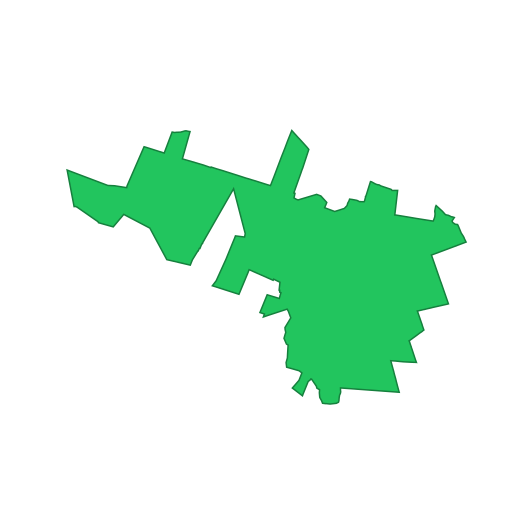 Mocochá, Yucatán, Mexico (orthographic projection), rotated 282°
{"feature_id": "50627088B81150073591621", "entity_name": "Mocochá", "entity_type": "district", "adm_level": 2, "iso_a3": "MEX", "parent_name": "Mexico", "parent_adm1": "Yucatán", "projection": "orthographic", "projection_center": [-89.453, 21.144], "detail": "fine", "context": "isolated", "style": "filled", "palette": "green", "viewbox_px": 512, "rotation_deg": 282, "n_neighbors": 0, "source": "geoboundaries", "source_scale": "gbopen_adm2", "svg_char_len": 4172}
<svg xmlns="http://www.w3.org/2000/svg" viewBox="0 0 512 512"><g transform="rotate(282 256 256)"><path d="M334.9,442.0L335.1,440.1L335.0,439.0L335.8,435.8L335.8,432.8L338.6,428.9L338.9,428.4L342.8,421.7L342.4,421.6L341.7,421.4L337.1,421.5L334.4,422.4L331.6,422.7L328.8,422.4L328.7,422.4L327.0,422.0L326.8,419.1L326.8,418.7L326.1,405.5L325.7,395.9L325.3,387.3L325.1,383.6L325.0,383.4L325.0,383.2L327.6,383.0L349.6,380.9L348.4,375.5L349.1,374.6L349.3,374.1L350.5,363.7L351.2,361.4L351.0,360.4L351.1,359.3L351.2,358.2L352.6,353.5L352.6,352.5L337.8,351.1L336.9,350.7L336.1,350.9L334.6,350.8L333.3,350.8L331.6,350.5L331.4,349.8L331.3,349.1L330.7,345.8L331.0,344.8L331.3,343.8L331.4,342.6L331.4,342.3L331.3,338.2L331.1,335.7L329.8,335.6L328.7,335.3L328.2,335.2L327.9,335.1L327.4,334.9L327.0,334.8L326.5,334.7L324.3,334.6L322.5,333.5L320.9,332.5L317.9,327.3L315.9,323.7L317.5,313.1L321.8,313.9L323.1,314.1L328.2,307.0L328.9,302.5L323.2,292.1L319.6,285.5L319.8,283.9L320.7,281.1L325.4,281.1L325.5,279.9L336.2,281.3L345.9,282.6L349.2,283.0L350.6,283.2L351.6,283.4L371.2,285.5L373.0,283.3L375.9,279.3L379.9,273.7L380.4,272.9L386.2,264.9L376.9,263.3L374.5,262.9L367.2,261.8L358.4,260.3L351.2,259.2L346.7,258.5L342.6,257.9L337.4,257.1L335.0,256.7L332.7,256.3L330.2,255.9L327.9,255.5L328.1,252.4L329.1,242.1L329.3,240.2L329.6,236.3L329.9,233.3L330.1,230.2L330.7,224.5L331.0,221.7L331.5,216.5L332.0,211.6L332.2,209.4L332.5,206.6L332.7,204.2L332.9,201.6L333.1,199.1L333.5,195.4L333.6,194.3L333.7,193.6L333.1,193.4L333.3,191.6L334.1,185.3L334.3,182.5L334.5,180.0L334.6,178.8L335.7,163.8L364.0,165.6L363.9,164.1L363.9,161.5L363.5,160.3L361.5,156.5L361.0,154.7L360.5,152.5L359.9,150.8L359.8,148.2L337.6,144.8L338.7,133.7L339.5,125.4L339.6,123.8L297.8,115.3L296.0,115.3L296.0,114.5L295.9,114.4L295.9,114.0L295.3,103.0L294.2,96.4L300.8,53.4L266.5,67.8L266.9,69.2L266.6,70.8L256.7,94.3L255.8,95.0L254.8,110.3L269.2,118.0L269.1,118.3L261.2,146.4L248.3,157.3L248.2,157.4L233.9,169.5L233.4,193.6L239.1,194.6L248.9,198.1L248.9,198.4L251.7,199.0L251.7,199.6L255.1,200.2L257.0,200.7L257.0,201.0L257.5,201.2L257.9,201.1L317.1,220.1L275.7,240.8L272.2,240.9L271.4,231.7L268.7,231.3L265.6,230.7L246.6,227.3L244.8,226.9L223.5,222.2L217.8,219.5L215.0,247.3L237.9,251.6L241.2,252.1L235.8,277.8L237.0,278.1L235.3,284.9L227.4,285.7L227.4,286.3L226.8,286.3L225.5,286.8L225.3,288.0L219.3,287.6L220.4,275.0L204.9,272.2L201.5,271.6L201.0,276.3L197.9,275.9L200.3,279.9L210.5,297.5L208.7,299.1L202.7,302.9L197.5,301.1L192.9,299.5L192.1,299.2L190.0,299.8L187.5,301.0L184.5,300.7L181.3,300.5L176.2,304.1L175.5,306.0L174.4,306.1L167.7,307.1L162.7,307.9L159.9,307.7L158.0,307.6L153.6,309.1L153.1,316.6L152.7,322.1L151.2,325.2L143.3,323.9L134.4,319.0L128.9,330.5L131.1,330.8L136.1,331.7L144.0,333.1L145.3,334.1L146.7,335.3L147.2,335.3L147.1,336.0L141.2,342.1L139.4,343.0L138.4,346.0L135.4,346.4L131.1,347.7L130.5,348.1L128.7,349.7L127.4,350.7L125.8,351.7L126.0,354.5L126.2,355.3L126.6,359.2L126.9,360.1L127.7,362.5L128.6,365.2L130.1,367.1L131.7,367.2L134.8,366.8L137.4,366.7L139.0,367.1L140.7,367.1L142.5,366.5L144.5,366.1L152.5,424.4L154.4,423.4L158.3,421.4L160.5,420.3L162.7,419.2L165.0,418.1L167.1,417.0L168.8,416.1L170.4,415.3L172.1,414.5L173.2,413.9L181.6,409.6L182.3,414.5L182.7,418.5L183.2,422.5L184.5,430.6L185.2,434.6L185.3,434.7L185.3,435.0L187.9,433.4L197.2,428.0L198.8,427.0L199.5,426.7L199.9,426.4L200.4,426.1L200.9,425.8L201.6,425.4L202.2,425.0L202.7,424.8L203.0,424.6L203.5,424.3L204.0,424.0L204.6,423.7L204.8,423.4L211.8,429.7L214.7,432.2L216.2,433.7L216.7,434.1L217.0,434.4L217.4,434.6L218.5,435.6L220.3,434.5L221.3,433.9L222.1,433.4L222.9,433.0L223.8,432.5L226.9,430.6L228.6,429.6L229.1,429.3L233.9,426.4L235.5,425.5L235.7,425.3L237.2,428.5L238.3,430.8L238.5,431.2L238.6,431.6L239.8,434.0L241.6,437.9L242.4,439.5L244.1,443.2L245.2,445.6L247.0,449.5L248.5,452.8L249.2,454.2L260.6,447.3L268.4,442.6L269.1,442.1L279.2,436.0L280.2,435.4L285.5,432.2L293.1,427.6L293.4,427.4L299.1,436.4L313.3,458.6L316.6,456.0L316.9,455.9L318.3,454.8L320.5,452.6L321.2,451.9L323.0,450.7L327.5,447.6L328.7,446.6L328.5,444.2L329.7,441.4L331.0,440.5L334.9,442.0Z" fill="#22c55e" stroke="#15803d" stroke-width="1.5"/></g></svg>